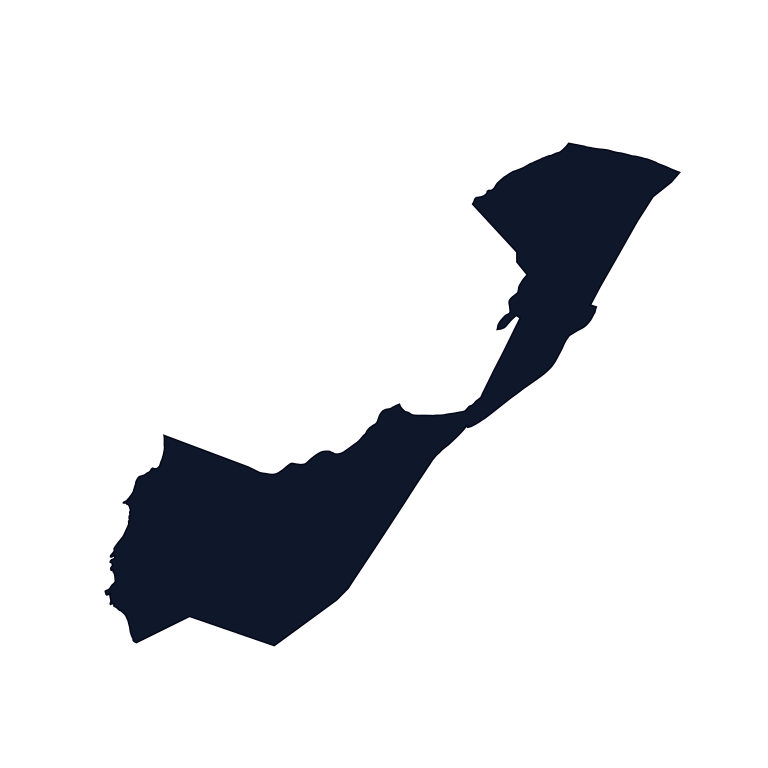 Industrial Estate, Laborie, Saint Lucia (Natural Earth projection), rotated 45°
{"feature_id": "8701671B45251476998803", "entity_name": "Industrial Estate", "entity_type": "district", "adm_level": 2, "iso_a3": "LCA", "parent_name": "Saint Lucia", "parent_adm1": "Laborie", "projection": "natural_earth1", "projection_center": [-60.975, 13.743], "detail": "fine", "context": "isolated", "style": "filled", "palette": "ink", "viewbox_px": 768, "rotation_deg": 45, "n_neighbors": 0, "source": "geoboundaries", "source_scale": "gbopen_adm2", "svg_char_len": 6111}
<svg xmlns="http://www.w3.org/2000/svg" viewBox="0 0 768 768"><g transform="rotate(45 384 384)"><path d="M425.5,265.4L427.0,263.3L427.6,262.7L429.1,259.2L429.2,258.5L429.3,257.1L429.1,255.0L428.7,248.9L428.8,244.3L429.0,241.9L433.7,241.1L437.4,252.2L443.0,268.5L446.7,279.5L452.0,296.2L460.6,321.4L462.0,325.0L461.2,331.7L461.4,332.6L461.5,335.0L461.3,336.7L461.1,337.8L460.4,338.6L460.1,339.8L460.3,342.9L460.4,344.5L460.4,345.7L459.3,348.0L457.4,350.5L454.4,355.0L450.0,360.8L447.9,364.1L447.0,364.9L446.2,366.1L444.3,367.9L443.0,369.3L440.9,371.8L435.6,376.8L431.2,381.3L428.0,384.3L426.5,385.4L425.1,386.2L423.9,386.4L421.2,387.0L419.1,388.3L418.3,388.6L417.2,388.8L414.7,388.8L411.8,388.5L409.2,387.4L407.8,390.8L407.3,392.3L407.1,393.4L407.0,393.9L406.6,394.2L406.5,395.3L405.9,397.0L405.4,397.9L404.3,399.3L403.4,400.6L402.7,402.4L402.2,404.1L402.4,406.4L402.8,408.2L403.2,409.6L405.9,415.2L406.3,416.6L406.3,418.6L405.8,420.1L405.4,421.8L405.3,423.0L404.9,424.7L404.9,426.2L405.1,428.6L405.2,429.5L405.9,431.1L406.2,432.7L406.0,435.1L406.4,439.4L406.5,442.2L406.2,445.1L405.7,448.4L405.4,449.7L405.1,452.0L403.6,460.9L403.0,462.6L402.1,464.4L401.0,466.1L399.7,467.4L398.6,468.3L397.7,468.6L397.0,468.7L396.3,468.9L394.8,469.7L393.5,470.0L392.3,470.8L391.3,471.9L390.3,472.8L389.6,473.7L388.4,475.3L387.4,477.4L386.7,479.9L386.2,482.1L385.6,486.4L385.4,488.0L385.2,491.1L385.2,493.1L385.1,495.1L384.7,496.5L384.1,497.5L383.4,498.3L382.7,499.3L381.9,500.1L378.6,502.7L375.8,504.6L375.4,504.8L374.8,505.6L374.2,506.8L373.6,510.9L373.2,516.3L372.2,521.4L371.5,523.4L370.6,525.0L369.0,527.0L367.7,528.1L366.0,529.5L363.7,531.0L361.7,532.6L359.7,534.0L358.7,534.6L346.9,538.6L264.8,575.9L265.3,576.2L267.7,578.3L270.5,581.1L271.2,581.9L273.7,584.1L275.2,585.8L276.8,588.1L278.4,590.6L280.4,594.3L281.4,596.8L281.9,597.8L282.7,599.1L283.4,600.9L283.5,602.1L283.4,603.5L282.9,604.9L282.5,605.3L282.2,605.7L281.3,606.5L280.4,606.8L279.9,607.1L279.7,607.8L279.8,608.9L280.2,610.6L280.4,611.4L280.3,612.3L279.9,613.4L279.6,614.2L279.0,617.6L278.7,618.5L278.1,619.3L277.9,619.9L276.5,622.5L276.4,623.9L277.1,626.8L278.0,628.9L279.3,630.6L280.5,633.1L281.4,634.6L282.0,636.0L282.8,637.0L283.3,639.0L283.8,641.1L284.4,645.6L284.4,646.8L285.2,646.4L285.1,647.0L284.7,648.4L284.1,650.2L283.6,651.3L283.5,652.1L283.8,652.4L284.3,652.1L284.9,651.5L285.4,650.6L285.7,650.3L286.4,650.7L287.0,650.8L287.6,650.4L288.8,650.1L289.7,650.3L291.0,650.9L293.3,652.1L294.7,653.1L294.6,654.2L294.9,654.5L295.5,655.1L296.5,655.5L296.9,656.2L297.2,657.4L298.3,658.8L298.7,659.2L300.2,659.9L300.4,661.6L302.1,663.0L302.5,663.7L303.0,664.3L305.0,669.7L305.6,671.4L306.3,673.1L307.0,675.2L307.3,676.3L307.6,678.4L308.4,685.6L309.2,690.1L309.7,691.5L310.5,691.8L310.7,692.0L311.0,692.6L311.4,693.1L311.9,696.1L311.9,697.5L312.0,698.5L312.4,699.3L312.9,699.6L313.6,699.1L313.8,698.8L313.9,698.1L313.9,696.7L314.2,696.2L314.9,696.7L315.5,696.6L316.2,696.7L316.7,697.3L316.6,698.6L316.4,699.4L316.0,700.0L315.7,701.0L315.6,702.0L315.8,702.8L316.4,703.6L317.6,703.1L318.5,703.1L320.1,704.1L320.5,704.5L320.7,706.7L321.1,707.6L321.4,708.0L322.4,708.6L323.2,708.4L323.4,707.4L323.6,706.8L324.2,707.2L325.2,708.3L327.2,708.6L328.3,709.3L329.9,710.4L333.4,713.4L333.8,713.9L334.0,714.9L334.1,716.3L333.9,717.5L333.9,718.9L334.3,720.3L334.6,721.9L334.7,723.3L334.6,724.3L333.5,726.9L333.4,727.5L333.7,727.9L336.3,729.3L337.0,729.3L337.9,728.0L338.0,727.4L338.0,725.8L338.6,726.0L339.1,726.9L344.1,730.3L344.8,731.1L345.6,732.8L345.8,733.1L346.4,733.3L347.0,731.7L347.8,731.1L348.8,730.7L349.4,730.7L349.6,731.6L349.8,732.0L351.9,731.5L352.9,731.1L356.3,731.1L358.6,730.3L361.8,730.1L364.0,730.2L365.0,730.3L369.4,731.9L371.1,732.7L373.4,734.1L375.9,735.6L377.1,736.4L378.2,737.3L379.8,738.5L381.9,739.6L383.2,740.3L385.1,741.1L386.8,741.5L387.2,742.1L387.6,742.5L388.1,742.7L389.8,742.7L391.2,742.1L391.8,742.0L410.8,685.8L491.4,646.6L503.2,570.3L503.1,554.0L503.1,553.7L500.9,543.5L494.0,509.3L490.0,489.9L482.0,451.8L478.4,435.4L476.8,427.7L474.7,416.9L473.7,412.5L473.1,408.8L472.0,404.0L471.4,398.2L471.4,395.9L471.6,394.3L471.5,389.3L472.5,380.6L472.8,372.0L472.8,365.1L472.6,360.3L472.1,356.0L471.8,355.2L473.7,355.5L474.2,354.9L475.1,353.3L475.5,352.5L476.0,351.1L476.8,348.7L477.2,347.3L478.3,342.7L478.7,340.3L479.6,336.3L480.3,331.0L483.0,308.1L483.4,304.7L484.4,298.5L485.9,287.6L487.8,277.0L489.4,267.5L489.9,263.6L490.1,261.7L490.2,257.7L490.2,254.1L489.9,251.6L489.1,247.2L488.3,244.4L485.2,234.3L484.6,232.6L482.9,228.2L482.4,226.6L481.9,225.0L481.4,222.8L480.8,219.2L480.9,217.9L482.4,211.7L483.1,209.0L484.3,205.3L484.9,203.0L485.3,200.5L485.3,199.2L485.3,197.7L485.1,194.9L484.9,193.1L484.4,191.1L482.8,186.0L482.4,184.1L481.4,182.7L480.4,180.9L479.7,179.3L474.1,182.2L468.0,162.4L459.3,130.5L448.0,89.7L441.8,61.5L444.4,38.1L443.5,25.3L440.9,26.5L435.1,29.0L429.7,31.0L421.9,34.5L419.3,35.2L415.2,37.0L411.4,38.7L408.9,40.4L406.9,41.4L401.1,45.0L398.1,47.4L394.6,49.3L388.8,52.8L385.2,55.5L382.7,57.1L378.7,59.3L376.5,60.6L372.7,63.5L371.0,65.0L367.8,67.5L366.8,68.2L365.8,69.0L363.2,70.7L359.8,73.2L357.7,74.2L344.4,83.2L344.9,87.2L344.9,91.5L344.6,94.8L344.0,96.9L342.7,98.8L340.4,104.9L339.7,105.4L338.5,107.7L337.2,111.0L336.4,112.3L336.0,114.1L333.5,120.3L332.9,122.5L331.8,124.5L330.4,129.9L329.6,132.6L327.4,137.9L325.1,142.6L324.2,145.9L323.4,149.9L322.7,153.0L322.4,156.8L322.2,160.5L322.2,162.0L322.8,165.1L323.4,167.0L323.4,169.8L323.0,171.2L321.7,172.5L321.0,173.4L320.8,174.8L321.6,175.6L322.0,177.8L321.6,180.4L320.5,182.7L319.1,184.9L317.4,187.0L317.5,187.3L317.4,188.5L317.7,189.7L318.5,191.0L319.5,194.2L384.7,196.8L391.7,203.8L408.3,205.5L408.2,207.6L408.5,211.5L409.0,214.0L409.8,217.2L410.4,219.2L410.9,220.2L411.3,220.8L412.9,222.9L413.7,224.2L413.9,224.6L414.0,225.8L413.3,231.3L413.2,233.1L413.4,235.2L413.7,236.2L414.1,237.1L415.1,238.2L415.7,238.7L417.5,239.9L421.5,243.1L422.4,244.1L422.7,245.0L422.7,245.8L422.4,246.9L421.6,248.8L421.4,250.6L421.7,256.5L421.8,256.9L422.2,259.0L422.7,260.8L423.0,261.6L423.7,262.7L424.9,264.4L425.5,265.4Z" fill="#0f172a" stroke="#020617" stroke-width="1.5"/></g></svg>